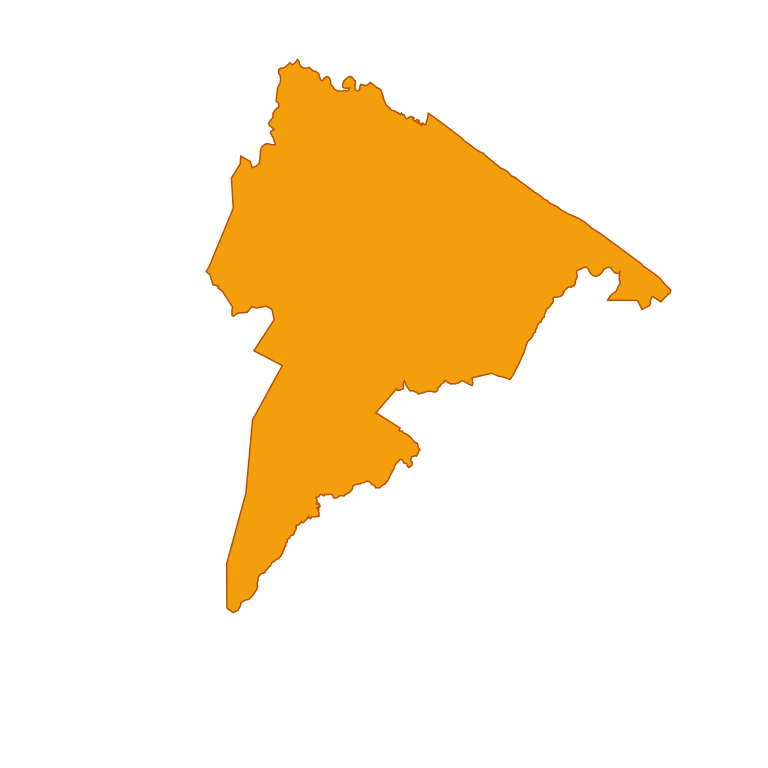 Sud-Comoe, Sud-Comoé, Ivory Coast (Natural Earth projection), rotated 204°
{"feature_id": "98640826B87421109468433", "entity_name": "Sud-Comoe", "entity_type": "district", "adm_level": 2, "iso_a3": "CIV", "parent_name": "Ivory Coast", "parent_adm1": "Sud-Comoé", "projection": "natural_earth1", "projection_center": [-3.37, 5.661], "detail": "fine", "context": "isolated", "style": "filled", "palette": "amber", "viewbox_px": 768, "rotation_deg": 204, "n_neighbors": 0, "source": "geoboundaries", "source_scale": "gbopen_adm2", "svg_char_len": 6171}
<svg xmlns="http://www.w3.org/2000/svg" viewBox="0 0 768 768"><g transform="rotate(204 384 384)"><path d="M160.1,586.5L167.4,589.0L174.3,592.6L180.5,594.3L194.0,597.0L195.0,596.8L197.2,598.3L246.7,609.3L257.1,610.7L266.2,613.5L273.4,614.5L286.7,614.3L293.2,615.1L297.9,616.5L305.7,616.5L309.6,618.0L313.1,618.0L318.2,619.6L324.5,620.5L349.1,626.1L351.8,625.8L357.6,628.3L361.1,628.8L365.5,628.8L383.0,633.6L387.6,635.4L389.5,635.0L395.9,635.7L402.3,637.4L408.6,638.5L413.3,640.3L433.8,645.2L453.6,649.4L452.0,643.4L452.0,640.6L451.2,638.1L452.7,637.6L454.4,638.3L455.3,637.6L455.4,636.6L454.4,636.4L454.7,635.3L456.1,635.8L458.4,637.9L458.6,636.3L459.9,636.3L459.3,639.1L461.4,639.1L462.4,636.4L463.2,637.3L464.3,637.1L465.3,637.4L464.9,639.4L468.2,639.4L469.3,638.6L469.9,636.8L471.1,635.6L472.2,635.8L473.9,636.9L474.9,638.1L476.8,637.6L478.2,638.6L478.5,636.9L480.0,636.9L481.7,637.9L482.7,637.1L484.7,637.9L489.3,637.1L490.4,638.3L495.7,639.8L500.3,644.3L502.4,647.1L506.8,651.6L512.0,652.1L519.0,654.1L521.4,649.4L527.0,648.3L527.2,646.6L526.0,643.1L526.9,641.4L528.5,640.8L530.3,641.4L532.2,645.9L532.4,647.4L533.6,649.3L535.2,649.6L536.1,650.4L538.5,651.4L539.5,651.4L540.8,650.4L542.1,649.1L543.8,644.8L543.8,640.9L542.1,638.1L539.8,638.4L535.8,640.3L535.8,638.4L536.8,636.4L538.2,636.4L540.2,635.6L541.5,634.4L545.8,632.9L549.7,633.4L552.2,635.1L554.5,636.1L556.3,639.4L558.5,641.4L559.8,641.9L560.9,641.8L562.1,640.8L562.9,639.3L563.4,636.1L564.9,635.8L567.5,637.9L568.4,639.4L570.0,640.8L571.4,641.4L573.4,641.8L575.7,641.1L581.4,642.8L583.2,640.9L585.5,640.1L587.8,639.8L589.6,641.1L591.2,641.6L592.6,643.9L594.9,645.4L596.2,640.3L597.5,638.4L600.7,639.1L602.4,634.8L604.6,631.3L606.7,630.8L608.2,628.4L606.4,624.8L604.1,623.3L602.3,620.1L601.4,616.8L601.7,611.4L597.7,598.6L594.7,597.7L592.8,594.9L595.2,589.4L595.5,585.9L593.8,582.1L594.9,579.2L595.4,575.2L593.5,573.4L587.9,571.7L590.1,569.1L589.8,567.1L584.6,563.2L582.5,560.4L581.5,560.2L580.6,558.4L583.5,557.0L587.6,556.4L589.6,555.2L591.2,553.0L592.1,550.0L591.5,546.4L588.8,539.0L587.9,535.0L588.3,533.4L589.6,530.7L592.4,528.0L596.7,532.9L607.6,534.0L604.9,526.7L607.2,510.2L593.2,483.2L591.5,420.6L592.1,414.3L587.5,413.1L580.5,404.9L579.4,405.6L574.9,405.9L574.7,404.1L569.5,403.1L553.6,392.7L552.9,389.4L550.6,384.7L549.0,384.7L547.6,387.4L545.3,390.1L538.2,393.6L536.1,400.9L531.8,401.4L523.1,407.2L516.8,406.6L510.5,398.1L516.4,361.5L484.4,359.4L489.5,297.7L465.8,228.3L454.6,155.7L436.3,115.3L428.7,113.9L425.3,117.9L425.0,123.6L425.8,125.4L425.1,127.0L422.6,130.6L421.2,131.2L419.9,132.3L418.0,137.0L416.6,145.0L417.2,147.8L418.9,150.3L419.1,153.0L420.3,156.1L420.3,157.0L419.4,160.1L418.8,160.9L416.3,162.7L416.3,165.2L415.2,167.3L414.9,170.0L413.9,171.2L413.6,175.4L411.9,177.7L411.0,179.8L409.4,181.4L408.2,184.9L408.1,187.4L407.7,188.1L408.3,189.5L408.1,192.6L408.5,193.7L407.9,196.5L408.8,198.1L408.8,198.9L408.3,199.5L408.1,200.2L409.0,202.5L407.6,205.1L407.4,207.5L405.7,209.0L405.4,209.8L405.3,212.1L405.7,212.5L405.2,214.8L405.7,217.2L406.6,218.5L406.5,219.2L404.9,220.1L403.9,222.5L403.6,224.9L403.0,224.2L401.4,224.3L399.3,230.1L399.1,232.4L398.6,231.6L397.0,230.8L396.3,231.3L396.0,233.6L393.2,234.3L391.2,235.9L390.1,236.0L389.4,237.2L390.5,237.9L391.0,240.0L392.2,241.0L392.3,242.8L392.8,243.3L393.2,242.7L394.6,243.2L395.0,244.0L394.3,243.9L392.6,245.4L392.9,246.6L393.7,246.3L393.9,247.8L395.2,248.4L396.1,247.1L396.9,246.9L396.5,248.3L397.7,248.9L397.5,249.8L397.8,250.7L400.0,252.6L397.9,254.3L397.3,257.0L396.2,257.8L393.5,257.2L392.9,258.5L393.2,259.1L391.3,259.5L388.4,261.6L387.5,261.7L386.1,261.7L385.1,261.2L383.9,259.6L382.5,259.6L381.2,260.5L380.0,261.9L379.3,263.4L378.2,264.5L375.0,265.4L374.2,267.4L371.1,271.6L370.1,275.1L370.9,277.6L370.3,279.2L367.8,281.5L365.3,282.9L364.3,284.4L362.0,285.9L360.6,288.2L357.8,289.0L354.3,287.2L351.8,287.5L349.4,285.8L345.6,287.5L344.4,290.7L342.2,293.3L342.0,294.7L342.3,295.8L341.2,297.2L341.0,305.7L340.4,310.4L341.0,313.7L340.0,317.8L339.0,319.7L338.9,321.7L336.6,322.0L334.8,321.1L334.5,320.4L333.3,319.8L331.2,320.6L330.5,320.1L329.4,318.6L327.8,317.8L326.8,318.4L326.6,319.4L325.4,321.2L326.3,324.2L327.3,324.1L328.7,325.3L329.0,328.3L328.8,328.9L326.3,331.3L325.3,331.1L324.9,331.9L325.1,333.7L324.7,334.4L325.0,335.9L324.4,338.2L325.0,339.0L327.1,339.9L327.3,340.6L329.3,343.3L330.3,343.6L332.2,343.2L337.4,345.8L341.6,347.3L346.2,347.3L348.5,348.5L350.6,347.1L351.1,347.7L351.5,349.0L351.2,350.3L379.7,354.5L370.6,384.7L369.5,384.7L369.0,383.7L367.8,384.1L364.3,387.6L366.4,391.8L366.7,395.0L365.0,393.7L363.7,392.1L357.8,388.4L353.5,389.8L352.4,389.4L350.4,389.7L348.4,388.7L340.9,395.3L339.0,395.9L337.9,396.7L336.0,396.7L333.2,398.0L332.4,400.3L333.3,402.2L332.1,404.5L331.6,407.1L330.3,409.1L329.8,411.7L323.7,411.2L322.4,411.5L321.1,412.4L319.5,412.7L316.3,415.4L313.7,419.1L306.0,418.3L302.8,418.4L303.2,421.4L305.1,423.7L306.0,425.5L290.3,437.3L288.1,437.7L282.1,437.7L280.0,438.5L275.5,439.1L270.9,439.2L270.4,440.5L269.8,444.5L268.9,460.0L269.1,463.9L268.9,470.1L269.6,474.8L270.0,480.2L269.6,482.5L268.5,484.8L267.8,487.4L267.7,491.5L266.8,493.3L267.6,494.8L267.2,496.9L267.5,498.7L267.4,501.9L266.8,503.7L265.7,504.5L266.1,507.2L265.8,507.8L265.9,508.9L264.8,510.4L265.8,513.1L265.6,515.2L265.9,517.5L265.4,519.4L264.2,521.8L263.8,524.3L262.8,527.0L263.0,528.7L264.5,530.6L264.3,531.8L263.4,532.9L261.2,533.7L260.0,534.6L257.7,536.7L257.0,538.4L257.2,540.8L256.6,544.1L254.6,548.2L252.5,548.2L251.2,551.2L250.3,550.9L250.1,551.4L250.1,552.7L251.1,556.6L250.9,558.5L251.3,561.0L253.2,563.6L253.9,565.8L253.6,566.5L252.0,567.8L248.8,571.7L247.0,572.9L246.0,573.0L244.1,572.3L242.0,570.1L239.7,568.7L237.3,568.2L234.5,568.4L233.6,568.9L231.7,571.1L230.3,574.3L229.6,578.4L228.1,580.5L226.7,581.7L224.4,582.4L218.9,579.5L217.5,579.5L216.3,579.7L214.7,581.1L214.2,582.2L213.5,579.6L211.4,574.7L209.5,573.1L209.2,571.0L209.7,567.7L209.6,563.6L210.0,562.3L212.5,558.3L213.3,555.7L213.8,551.5L186.5,563.4L178.6,557.1L173.6,563.3L173.3,564.2L173.4,566.2L174.5,568.3L174.8,571.9L174.6,573.0L173.4,573.1L164.6,571.7L160.1,583.7L159.8,583.4L160.1,586.5Z" fill="#f59e0b" stroke="#b45309" stroke-width="1.5"/></g></svg>